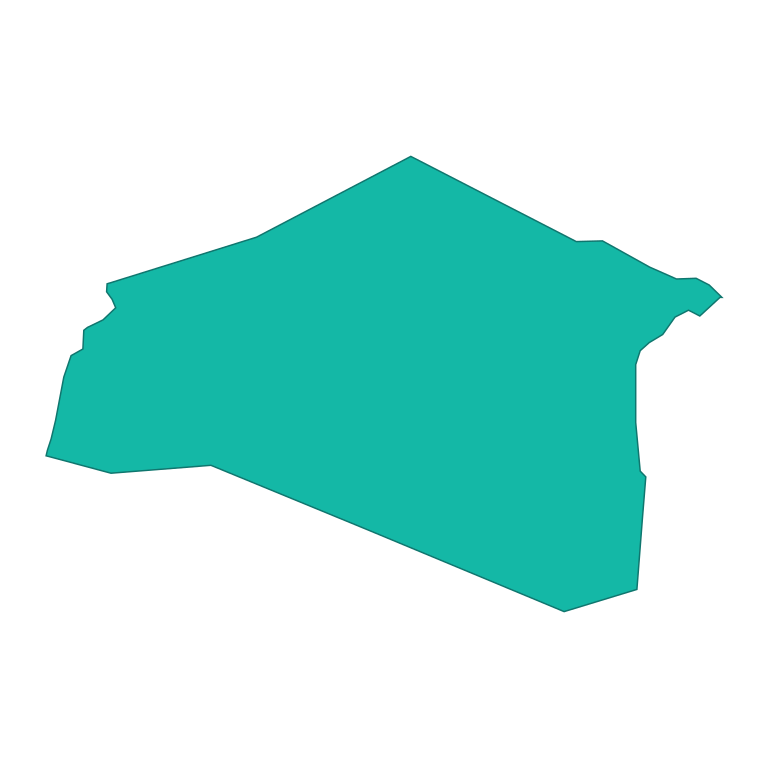 the district of Glavier, Dennery, Saint Lucia
{"feature_id": "8701671B98393552934318", "entity_name": "Glavier", "entity_type": "district", "adm_level": 2, "iso_a3": "LCA", "parent_name": "Saint Lucia", "parent_adm1": "Dennery", "projection": "orthographic", "projection_center": [-60.911, 13.923], "detail": "fine", "context": "isolated", "style": "filled", "palette": "teal", "viewbox_px": 768, "rotation_deg": 0, "n_neighbors": 0, "source": "geoboundaries", "source_scale": "gbopen_adm2", "svg_char_len": 663}
<svg xmlns="http://www.w3.org/2000/svg" viewBox="0 0 768 768"><path d="M721.9,297.4L721.5,297.0L709.2,285.0L696.1,278.3L676.5,279.0L649.6,267.1L602.5,240.9L576.3,241.6L410.8,156.4L256.5,237.2L113.6,281.8L110.5,282.8L109.0,283.2L107.1,283.8L106.6,291.8L112.1,299.3L115.7,307.8L103.0,319.9L87.5,327.4L83.8,330.3L82.9,349.0L71.1,355.6L63.8,377.1L55.6,420.3L51.1,439.0L47.4,450.3L46.1,455.8L111.0,473.2L210.9,465.3L364.5,528.5L564.1,611.6L636.9,589.4L642.5,517.4L645.8,476.9L640.2,471.1L635.7,422.5L635.7,364.6L640.2,350.7L649.2,342.6L662.7,334.5L675.0,317.1L688.5,310.2L699.8,316.0L720.0,297.4L721.9,297.4Z" fill="#14b8a6" stroke="#0f766e" stroke-width="1.5"/></svg>